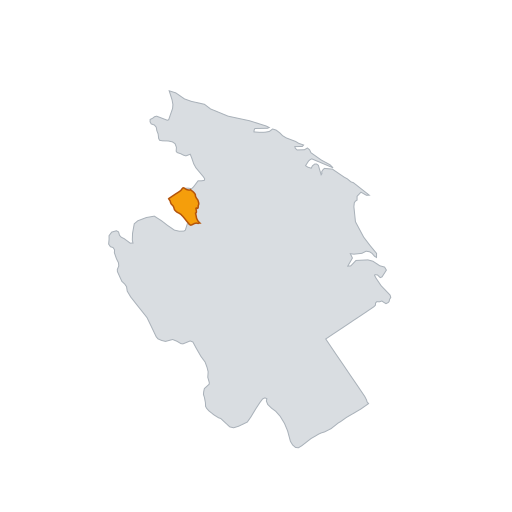 location of Louetsi-Bibaka, Ngounié, Gabon, rotated 146°
{"feature_id": "22940354B39129548134605", "entity_name": "Louetsi-Bibaka", "entity_type": "district", "adm_level": 2, "iso_a3": "GAB", "parent_name": "Gabon", "parent_adm1": "Ngounié", "projection": "equal_earth", "projection_center": [12.206, -2.115], "detail": "fine", "context": "in_parent", "style": "filled", "palette": "amber", "viewbox_px": 512, "rotation_deg": 146, "n_neighbors": 0, "source": "geoboundaries", "source_scale": "gbopen_adm2", "svg_char_len": 4796}
<svg xmlns="http://www.w3.org/2000/svg" viewBox="0 0 512 512"><g transform="rotate(146 256 256)"><path d="M331.3,78.9L331.1,83.1L327.6,93.3L326.0,101.2L325.6,109.6L326.5,116.3L328.2,121.1L329.3,126.3L328.5,130.0L326.8,131.6L327.9,133.4L330.5,133.8L334.8,132.3L341.5,129.5L350.3,125.4L356.1,123.2L365.6,124.6L370.6,126.1L373.3,129.0L376.1,141.0L377.5,142.8L379.8,148.0L381.7,154.1L382.1,157.2L381.9,159.5L379.9,162.8L377.8,167.7L377.0,170.6L375.2,172.8L372.9,175.0L366.5,175.9L365.5,177.2L363.8,182.4L360.4,186.8L358.9,190.9L357.5,196.5L357.8,203.4L357.1,213.3L356.4,220.0L358.1,222.4L365.7,224.0L367.2,225.3L369.2,229.5L371.8,233.4L378.8,235.8L381.5,238.8L383.6,242.1L383.9,244.8L382.3,255.5L380.8,265.9L381.4,273.7L382.0,281.3L382.8,292.2L382.4,298.9L380.5,302.9L380.5,306.1L381.4,310.0L379.6,320.6L378.5,322.4L375.4,324.4L373.8,327.3L373.2,331.8L371.6,337.9L369.8,340.2L369.8,343.0L371.5,345.1L371.5,348.3L368.4,352.1L366.5,355.0L362.3,356.5L357.6,355.0L356.5,352.8L357.6,349.5L357.2,346.9L355.6,344.1L353.1,337.0L350.8,335.5L349.6,338.4L345.7,343.8L338.9,350.8L334.2,351.3L325.4,349.2L318.0,345.9L314.5,337.7L312.3,331.0L309.2,323.1L305.7,319.4L301.9,317.0L300.2,316.9L294.8,321.2L293.2,323.0L293.2,326.6L293.7,330.0L294.6,331.7L295.3,333.9L295.1,337.3L294.2,341.8L293.8,346.9L276.9,351.8L274.0,350.0L271.9,347.8L269.3,348.2L262.0,350.7L259.3,348.9L256.6,347.6L255.4,348.7L255.3,350.9L256.5,362.7L256.1,367.2L254.5,373.1L253.6,377.1L258.1,378.2L259.7,380.1L261.3,383.0L263.5,385.8L263.6,387.5L261.2,390.6L260.3,394.4L261.5,397.4L264.5,400.5L269.0,403.7L271.2,405.8L271.0,407.8L268.9,411.9L268.1,415.4L266.7,418.5L267.0,421.4L269.0,424.1L268.8,426.5L267.4,428.4L264.6,428.0L262.3,428.2L260.2,427.5L253.6,418.1L252.2,417.8L242.6,425.0L240.2,428.0L238.3,432.3L235.6,441.5L231.3,436.1L227.5,426.3L223.1,420.3L213.9,410.6L211.5,403.4L201.0,387.6L185.8,371.8L174.9,358.1L173.2,355.1L175.1,355.5L185.6,362.3L187.1,361.5L188.3,360.0L183.7,356.4L179.4,353.6L175.3,351.8L171.2,352.0L168.9,349.1L167.4,344.7L166.7,340.9L164.9,337.0L159.1,328.8L157.7,325.7L154.5,321.4L156.4,320.9L162.6,325.0L163.2,323.3L162.6,320.9L156.4,317.0L153.0,316.8L152.2,314.0L152.7,310.9L148.2,299.0L143.6,290.2L142.8,286.0L155.4,305.3L157.0,305.6L159.2,305.4L164.4,303.2L163.4,300.7L161.1,297.9L158.8,299.2L155.9,299.4L154.3,298.3L153.6,296.3L156.6,286.9L155.3,287.4L154.4,289.1L152.8,289.9L150.3,290.4L144.1,285.3L138.7,271.8L137.2,269.0L135.8,264.3L134.3,262.4L128.1,243.1L130.5,244.6L133.3,250.2L138.8,249.0L141.0,245.8L142.9,245.9L144.8,245.1L147.3,242.1L154.4,228.8L156.2,211.4L155.6,201.0L154.6,190.7L156.9,187.4L157.9,189.6L158.3,193.2L159.4,195.9L162.0,198.4L166.7,199.0L173.9,202.8L176.5,205.2L177.2,200.4L185.6,196.3L183.0,194.8L175.6,196.4L165.4,190.2L162.0,186.3L158.9,178.8L155.6,174.9L155.8,171.4L163.2,168.2L165.1,168.6L165.9,172.4L167.8,174.0L168.6,173.5L168.9,170.2L168.9,161.4L166.7,148.7L167.4,146.3L169.4,145.4L171.2,143.8L172.4,143.5L174.9,143.8L176.2,146.7L176.8,148.3L179.3,149.0L181.4,150.6L183.1,150.2L184.6,148.4L186.8,148.0L193.4,148.0L199.5,148.0L211.5,148.1L223.5,148.1L235.6,148.2L244.6,148.2L244.6,141.0L244.6,129.9L244.5,116.7L244.5,104.1L244.4,92.4L244.4,78.6L244.9,74.6L245.5,73.0L245.2,70.7L254.6,70.5L271.4,71.6L278.8,71.4L280.9,71.6L290.1,70.9L297.5,71.8L300.7,72.8L303.5,73.3L312.5,73.9L324.1,73.1L328.1,73.3L330.3,75.2L331.3,78.9Z" fill="#d9dde1" stroke="#a8b0b8" stroke-width="1"/><path d="M284.1,314.8L284.2,315.5L284.5,316.5L284.5,318.1L284.4,318.9L284.3,319.6L284.2,320.4L284.0,321.0L283.7,321.5L283.4,322.3L283.1,323.0L282.7,323.9L282.5,324.7L282.1,325.4L281.8,325.4L281.4,325.3L281.0,325.6L280.7,325.9L280.4,326.5L280.1,327.0L279.9,327.5L279.5,328.3L279.3,328.9L278.9,329.2L278.5,329.1L278.2,328.8L278.1,328.4L277.9,328.2L277.5,328.2L277.0,328.4L276.6,328.9L276.3,329.3L275.9,329.8L275.6,330.2L275.3,330.4L274.9,330.6L274.5,331.0L274.1,331.5L273.8,332.0L273.6,332.8L273.2,333.8L273.0,334.8L272.9,335.5L273.0,336.2L273.0,337.0L273.0,337.7L272.9,338.5L272.8,339.1L272.6,339.7L272.3,340.2L272.0,340.7L271.9,341.2L271.9,342.0L272.0,343.3L272.1,343.9L272.3,344.7L272.5,345.3L272.8,346.2L273.0,346.9L273.1,347.4L273.2,347.7L273.9,347.6L274.9,348.3L276.3,349.8L277.1,351.3L277.7,352.8L278.3,353.3L279.6,353.1L281.6,352.4L283.1,352.3L285.1,352.3L287.8,352.4L290.6,352.4L296.0,352.4L296.4,352.3L296.4,351.8L296.4,350.4L296.4,349.6L296.9,348.3L297.2,346.8L297.1,345.8L296.8,344.4L296.8,343.2L297.1,341.8L297.4,341.0L297.7,339.9L297.5,338.4L297.1,336.8L296.6,335.8L296.1,335.0L295.6,333.9L295.0,332.6L294.8,331.3L294.5,329.8L294.3,328.0L294.1,325.4L294.0,323.7L293.8,322.0L293.6,320.6L293.7,319.6L292.9,318.1L291.8,317.7L290.1,317.5L288.7,317.3L287.7,316.9L286.9,316.5L286.4,316.0L285.8,315.4L285.2,315.1L284.5,315.1L284.1,314.8Z" fill="#f59e0b" stroke="#b45309" stroke-width="1.5"/></g></svg>